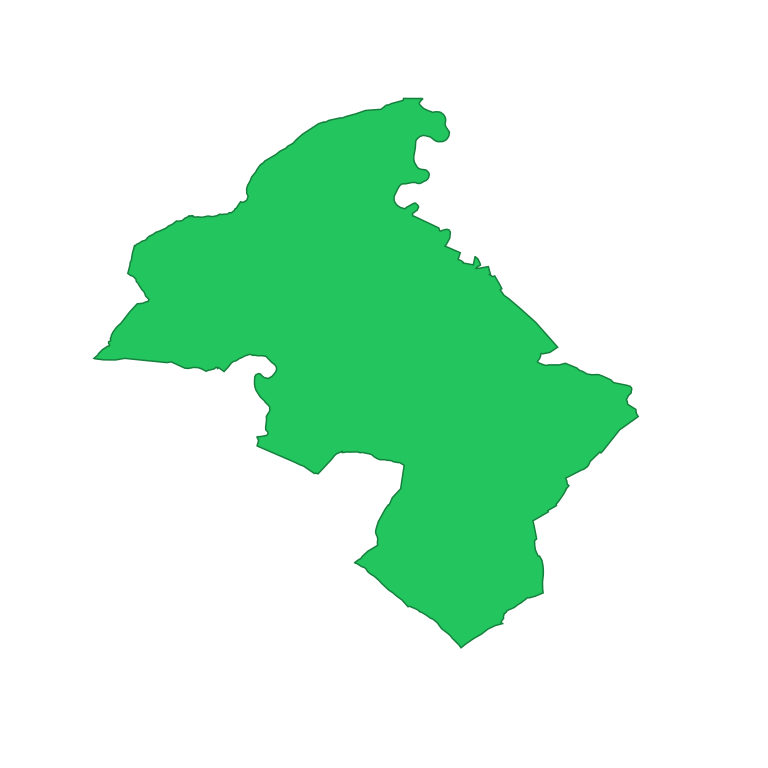 the district of Sercaia, Brasov, Romania, rotated 322°
{"feature_id": "2599482B18574543528453", "entity_name": "Sercaia", "entity_type": "district", "adm_level": 2, "iso_a3": "ROU", "parent_name": "Romania", "parent_adm1": "Brasov", "projection": "natural_earth1", "projection_center": [25.127, 45.831], "detail": "fine", "context": "isolated", "style": "filled", "palette": "green", "viewbox_px": 768, "rotation_deg": 322, "n_neighbors": 0, "source": "geoboundaries", "source_scale": "gbopen_adm2", "svg_char_len": 6171}
<svg xmlns="http://www.w3.org/2000/svg" viewBox="0 0 768 768"><g transform="rotate(322 384 384)"><path d="M539.8,479.6L539.0,479.0L533.9,476.9L526.3,470.9L522.6,468.7L519.9,464.3L518.6,461.6L518.6,460.9L518.9,460.7L522.3,459.8L525.2,457.9L525.6,457.1L526.4,456.7L527.1,457.1L527.5,457.9L534.1,461.2L543.5,461.9L541.5,429.0L537.8,408.2L534.9,393.9L533.2,388.1L533.5,381.3L535.5,381.5L536.3,377.6L537.8,367.0L535.7,366.3L534.5,362.9L535.4,363.2L538.5,355.7L530.1,351.3L527.6,349.6L528.0,349.3L529.4,349.2L533.2,349.7L533.9,348.2L535.0,343.5L534.4,340.2L534.1,339.8L527.7,345.1L520.9,337.4L521.4,336.9L520.7,334.2L519.1,331.5L524.9,327.5L517.0,313.0L519.5,312.2L525.6,309.6L529.8,305.2L530.1,303.2L530.0,302.5L528.7,300.7L525.4,299.2L522.4,298.2L522.3,297.0L522.8,296.3L523.2,294.7L510.9,270.1L510.1,269.6L511.3,267.3L517.2,267.4L520.2,265.9L520.7,264.3L520.2,260.9L518.9,260.0L510.3,258.6L508.4,258.9L505.6,254.9L504.5,251.8L504.3,249.9L504.5,247.4L505.0,245.7L506.5,243.5L507.7,242.3L515.1,238.6L518.6,237.4L520.2,237.3L521.7,237.6L524.2,239.5L530.5,242.7L533.0,244.8L533.8,246.4L535.3,247.8L536.5,248.4L540.6,249.0L542.8,249.6L544.8,249.3L546.2,248.8L548.6,246.8L549.2,245.7L549.3,243.9L549.1,242.1L548.5,240.7L545.5,237.8L544.1,235.7L543.7,233.4L544.5,227.9L546.0,225.0L548.0,222.6L553.8,217.5L558.5,212.2L560.1,211.4L564.4,211.0L567.7,212.1L569.3,213.6L572.7,218.0L573.8,222.8L574.5,224.7L576.2,226.7L579.4,229.0L581.9,229.8L583.8,229.8L587.0,228.9L588.3,228.1L590.7,225.7L591.0,220.3L591.4,218.2L592.4,216.5L594.6,214.6L595.9,212.7L596.5,211.2L596.8,208.5L596.0,205.1L595.1,203.7L592.1,201.1L589.5,199.9L589.1,198.8L587.3,196.1L585.0,191.6L584.6,189.9L584.2,186.3L584.4,185.0L585.0,184.2L586.8,183.6L589.9,183.2L589.8,182.5L575.2,171.0L573.7,172.3L562.3,167.5L559.8,167.1L558.0,165.9L556.9,165.6L550.9,165.8L537.9,157.1L528.0,153.7L519.0,149.9L514.9,148.7L513.1,147.2L502.8,142.3L498.9,141.6L498.3,141.3L498.2,140.6L492.7,138.6L473.9,137.0L465.3,137.5L460.5,138.3L454.2,137.3L453.1,137.7L451.2,137.7L445.3,136.5L439.8,136.6L427.5,134.9L424.2,135.5L423.1,135.1L420.5,135.4L415.7,136.9L413.4,138.0L407.4,139.3L403.6,141.5L398.9,143.5L396.1,145.4L393.3,149.1L392.5,152.3L389.7,154.4L387.9,154.6L384.8,154.2L383.2,152.1L378.4,153.6L375.9,154.6L374.7,154.2L372.7,155.1L369.3,155.1L367.5,153.8L364.9,153.6L362.6,151.7L360.8,150.8L359.0,149.0L356.2,148.6L352.0,146.6L348.6,143.2L343.4,140.7L340.0,137.5L338.0,136.3L336.8,134.8L337.1,134.8L337.2,134.5L336.7,133.4L335.5,132.5L334.7,132.9L334.3,132.5L334.2,131.7L333.9,131.4L332.2,131.5L329.3,130.8L325.3,130.9L322.2,129.1L320.9,127.8L315.4,127.8L311.3,126.8L308.3,127.0L301.4,125.3L297.5,124.0L294.5,124.0L289.8,123.0L287.3,123.2L285.4,123.8L284.3,123.7L281.2,122.5L277.9,122.3L274.8,121.6L272.8,122.0L272.5,121.4L266.1,126.2L261.2,130.8L258.9,131.9L257.0,133.9L250.2,139.1L251.1,142.3L252.6,144.7L253.0,148.8L252.1,150.3L251.9,151.3L252.2,153.1L251.7,155.7L251.3,160.6L251.6,163.4L251.1,165.7L250.3,168.0L250.8,172.1L250.7,172.8L250.0,173.2L249.1,173.7L246.3,172.5L243.6,171.9L239.0,168.9L238.0,169.0L228.2,170.6L213.9,174.2L209.9,174.4L207.0,174.9L202.6,176.2L199.3,177.7L198.4,178.6L196.4,179.7L195.3,181.7L193.0,181.2L192.0,182.4L191.7,184.3L191.1,185.0L189.6,184.1L183.3,183.6L178.3,184.2L176.0,185.0L171.2,185.2L171.8,186.2L178.0,192.4L187.3,199.8L195.4,204.1L226.2,233.6L229.9,235.5L236.8,248.9L239.3,251.2L244.3,253.8L247.7,256.8L249.7,260.1L251.7,264.5L253.0,264.7L259.5,267.6L262.2,267.4L262.5,269.5L263.7,269.1L265.6,275.7L271.0,274.9L276.6,273.5L279.0,273.5L282.1,274.7L285.8,274.9L288.3,275.7L291.2,276.1L296.1,277.8L296.9,278.4L298.5,281.0L299.7,281.5L301.8,283.9L306.5,287.6L306.5,288.0L308.0,289.3L308.8,297.8L309.8,301.4L309.7,304.0L308.8,305.8L307.6,306.9L305.9,307.8L303.7,308.4L300.6,309.0L296.2,308.4L293.5,305.1L292.9,302.3L292.8,300.3L291.8,298.7L288.8,297.8L286.4,298.9L282.5,303.5L280.6,306.6L279.3,310.0L278.6,316.9L278.7,319.5L279.4,323.5L279.2,325.1L279.8,329.7L279.7,331.8L277.3,334.9L271.4,337.0L269.3,340.0L264.0,345.3L262.6,347.4L262.9,349.9L262.7,350.8L261.6,351.9L260.6,352.2L259.3,352.0L254.3,349.4L252.1,347.8L251.2,347.6L250.5,351.0L249.3,352.2L246.2,354.3L245.9,354.8L265.7,391.1L268.0,395.9L270.1,399.2L274.0,411.6L275.5,412.4L276.7,414.2L295.8,411.2L301.2,409.9L303.7,409.8L308.7,411.2L310.3,411.2L308.7,411.7L309.0,412.5L313.4,415.0L314.2,415.9L321.2,421.1L322.9,423.5L324.8,424.6L329.4,430.0L330.8,432.0L331.4,435.2L332.7,438.7L334.1,440.9L334.8,441.7L338.0,444.1L339.1,445.6L342.7,449.0L343.2,450.4L344.0,451.6L346.9,454.8L348.0,455.5L349.8,460.5L332.6,476.8L320.6,478.7L314.3,482.1L313.1,482.4L312.9,481.9L307.8,483.4L294.7,489.0L289.1,492.9L286.5,495.1L285.4,497.1L284.5,500.7L283.4,502.6L281.3,504.7L279.6,507.2L268.3,505.8L260.7,506.5L258.1,507.3L256.1,506.8L251.0,506.7L251.0,507.4L252.1,508.8L254.1,514.5L255.2,515.9L255.8,517.5L256.0,519.5L255.6,521.7L256.4,525.4L257.9,529.4L259.1,535.6L259.4,539.7L260.8,549.1L262.3,553.6L263.7,560.0L265.2,565.1L265.8,574.3L267.4,575.0L268.8,577.8L269.9,579.4L271.8,583.4L271.8,585.2L273.0,586.9L274.9,591.8L276.5,597.3L277.6,599.1L278.1,600.6L279.0,605.0L278.7,612.2L280.7,619.8L281.3,623.1L281.3,626.6L282.4,635.5L282.3,639.3L288.2,639.2L298.3,639.8L306.9,641.1L315.0,641.1L322.8,642.8L329.9,645.8L329.5,644.1L330.6,643.2L334.0,642.3L334.8,640.9L337.7,638.8L338.4,639.2L339.4,639.1L341.8,638.4L349.0,640.3L353.6,640.3L357.3,640.8L365.7,640.8L366.7,641.9L372.2,644.2L380.8,646.6L382.7,643.4L387.0,637.6L391.9,632.6L394.6,629.3L397.4,625.1L399.9,620.2L400.6,615.4L399.5,614.3L401.2,607.8L404.0,603.1L406.3,600.1L408.9,600.1L415.3,587.5L417.1,583.5L434.8,585.9L435.2,584.6L445.1,586.0L445.7,584.7L448.9,584.1L457.3,581.5L462.3,579.4L462.3,579.0L467.1,578.0L466.8,575.6L468.3,573.1L469.1,570.0L487.3,573.5L488.7,574.2L493.5,574.4L496.2,573.4L498.9,571.9L512.1,570.5L512.5,571.9L515.7,571.4L541.5,565.2L564.3,566.2L564.8,562.4L566.8,559.1L563.5,550.0L564.8,547.9L565.5,545.5L569.5,543.6L573.3,543.2L574.4,541.8L576.0,540.8L576.7,539.2L576.5,537.3L574.7,534.7L565.7,524.2L565.3,520.4L561.1,512.3L558.8,508.6L553.4,504.6L550.2,501.2L548.4,496.7L546.3,493.2L545.8,490.1L539.8,479.6Z" fill="#22c55e" stroke="#15803d" stroke-width="1.5"/></g></svg>